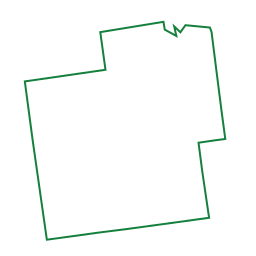 Carroll, Indiana, United States of America (Natural Earth projection), rotated 82°
{"feature_id": "52423323B58725996367098", "entity_name": "Carroll", "entity_type": "district", "adm_level": 2, "iso_a3": "USA", "parent_name": "United States of America", "parent_adm1": "Indiana", "projection": "natural_earth1", "projection_center": [-86.613, 40.585], "detail": "fine", "context": "isolated", "style": "outline", "palette": "green", "viewbox_px": 256, "rotation_deg": 82, "n_neighbors": 0, "source": "geoboundaries", "source_scale": "gbopen_adm2", "svg_char_len": 425}
<svg xmlns="http://www.w3.org/2000/svg" viewBox="0 0 256 256"><g transform="rotate(82 128 128)"><path d="M124.1,33.0L85.5,32.5L44.7,31.9L39.9,32.9L34.2,56.8L40.5,62.8L33.8,68.1L43.6,67.3L35.7,77.9L27.8,78.1L29.2,142.1L67.2,142.2L67.5,223.7L124.5,224.1L133.2,224.1L227.3,223.9L227.5,169.9L227.9,142.5L228.2,60.2L181.0,60.5L152.4,60.2L152.3,44.7L152.4,33.2L124.1,33.0Z" fill="none" stroke="#15803d" stroke-width="2"/></g></svg>